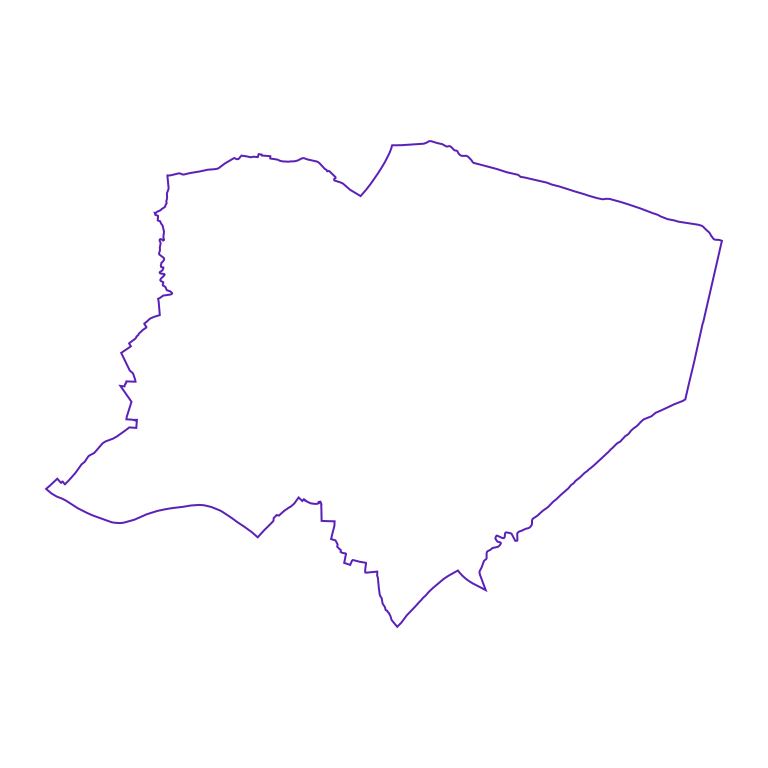 Mueang Nonthaburi, Nonthaburi, Thailand
{"feature_id": "78962969B57513030361621", "entity_name": "Mueang Nonthaburi", "entity_type": "district", "adm_level": 2, "iso_a3": "THA", "parent_name": "Thailand", "parent_adm1": "Nonthaburi", "projection": "orthographic", "projection_center": [100.48, 13.852], "detail": "fine", "context": "isolated", "style": "outline", "palette": "violet", "viewbox_px": 768, "rotation_deg": 0, "n_neighbors": 0, "source": "geoboundaries", "source_scale": "gbopen_adm2", "svg_char_len": 6103}
<svg xmlns="http://www.w3.org/2000/svg" viewBox="0 0 768 768"><path d="M158.1,298.8L158.7,302.0L159.8,315.1L154.5,316.7L150.9,318.2L149.4,319.1L146.8,321.7L144.3,323.5L144.4,324.1L146.4,327.0L146.3,327.5L142.9,329.9L138.8,333.7L138.3,335.0L136.5,336.5L136.2,337.5L135.4,338.6L129.1,343.3L129.1,343.5L130.9,346.3L121.2,352.9L129.6,370.2L130.5,371.3L132.4,372.7L133.2,373.9L135.2,379.8L135.5,381.7L126.4,381.4L126.4,382.1L126.0,382.5L125.8,383.7L125.1,384.1L124.5,386.4L120.4,385.9L131.5,401.8L126.7,416.9L126.4,419.3L132.5,419.7L135.0,420.4L135.0,419.9L136.9,419.9L136.3,427.9L129.3,427.4L125.0,430.7L117.0,436.4L113.1,438.6L105.6,441.4L102.6,443.3L94.3,452.9L89.4,455.5L88.3,456.4L84.7,461.8L81.6,464.3L75.5,472.8L69.8,479.3L65.1,484.2L64.8,484.3L62.6,481.5L62.4,481.5L61.2,482.8L60.9,482.8L57.3,478.7L49.4,486.1L46.1,488.9L46.3,489.1L51.5,493.5L56.8,496.6L62.5,498.8L66.1,500.7L77.9,508.3L87.2,513.0L92.9,515.5L111.8,522.3L115.2,522.8L120.5,523.1L124.0,522.6L134.4,519.7L146.9,514.2L157.5,510.9L165.1,509.3L172.2,508.1L183.1,506.8L190.8,505.5L199.5,504.9L204.3,505.3L211.4,507.0L219.8,510.4L222.2,511.7L231.9,518.1L237.3,522.1L244.7,527.0L252.0,532.3L257.7,537.3L264.4,530.0L268.1,526.4L272.9,521.5L273.5,520.6L273.7,518.1L276.7,515.0L278.9,515.6L283.3,511.6L285.6,509.8L287.3,508.8L288.7,507.6L290.2,507.0L291.8,505.7L294.3,503.5L298.6,497.5L302.3,501.0L303.9,499.2L305.5,500.4L305.3,500.7L310.5,503.3L314.1,503.8L316.2,503.9L317.5,503.7L318.8,503.2L318.5,502.2L318.7,501.9L320.4,501.7L321.5,504.4L321.2,504.8L321.4,509.5L321.6,520.9L329.1,521.2L334.6,521.3L334.4,525.9L332.4,533.5L331.1,539.1L335.2,540.3L335.6,540.6L337.6,544.4L337.2,546.7L339.8,549.3L340.7,549.9L340.8,550.5L340.6,551.9L342.4,552.9L345.4,553.4L346.0,553.8L344.2,562.9L350.2,564.9L352.0,560.7L352.9,560.0L359.4,561.7L365.9,562.8L366.0,563.7L365.2,569.4L365.2,572.1L365.4,572.6L367.2,572.6L377.2,571.6L377.3,573.8L377.1,575.5L377.9,577.9L378.8,587.8L379.7,594.3L380.1,595.7L381.7,598.3L382.6,603.6L384.9,607.1L385.4,609.1L385.8,610.1L387.1,610.7L387.5,611.5L389.2,613.4L389.5,614.4L390.3,615.7L391.6,620.0L397.2,626.8L401.2,622.8L406.8,615.3L414.7,607.1L419.4,601.9L421.3,600.0L423.1,597.8L425.7,595.5L428.7,592.0L432.9,588.0L444.1,578.6L448.9,575.5L457.9,570.5L459.5,572.6L462.4,575.7L465.5,578.5L469.0,581.1L472.9,583.5L485.7,590.1L480.0,574.8L479.5,572.6L479.6,571.3L481.7,567.2L483.9,561.1L484.8,560.1L486.0,559.3L486.6,558.3L486.6,553.6L486.8,552.4L487.1,551.7L488.2,550.9L490.6,549.7L492.3,548.1L497.5,546.9L498.3,546.6L499.7,545.3L500.7,543.8L500.9,543.2L500.5,542.5L497.4,541.6L495.7,539.2L495.4,538.5L495.5,537.6L496.0,536.5L496.6,535.7L497.0,535.6L498.2,536.1L502.3,538.0L503.6,538.2L504.2,537.8L504.6,537.3L505.1,533.4L505.6,532.5L506.3,532.4L510.1,533.1L510.9,533.4L511.8,534.2L515.2,540.7L515.9,540.9L517.1,540.7L517.4,540.1L517.2,533.6L517.5,533.0L518.5,532.0L519.3,531.5L521.4,530.8L525.7,528.8L528.5,528.1L529.7,527.5L531.2,525.8L531.8,524.6L532.0,523.6L532.0,520.3L532.7,518.8L537.4,515.7L542.5,511.0L548.0,507.1L553.0,501.9L556.6,499.0L560.6,495.1L568.2,488.5L571.2,484.9L573.6,483.3L575.5,480.9L579.8,477.6L584.6,472.9L587.3,471.0L588.2,470.0L593.1,466.1L609.1,451.3L610.7,449.4L611.6,448.8L617.0,443.4L620.5,441.4L621.9,439.7L624.2,437.3L625.0,436.3L628.3,434.2L631.0,430.7L633.7,428.3L636.5,426.3L638.1,424.9L640.5,422.2L643.1,419.8L644.1,419.2L651.4,416.3L655.6,412.8L660.1,410.9L673.7,404.5L682.8,400.9L685.3,399.4L688.9,383.7L693.9,363.0L702.7,323.4L703.2,322.3L721.9,240.8L719.1,239.9L715.1,239.7L713.7,239.1L711.2,235.8L709.4,232.6L706.2,229.8L702.7,226.3L701.6,225.7L698.1,224.7L678.5,221.7L674.6,220.5L667.5,219.1L660.8,216.5L657.7,214.8L652.3,213.0L640.3,208.4L627.5,204.1L619.8,201.7L609.4,198.9L606.0,198.8L603.6,199.2L602.1,199.2L597.0,198.1L589.3,195.9L583.9,194.1L574.4,191.3L559.8,186.6L551.6,184.5L546.7,182.6L523.7,177.3L520.6,176.9L518.4,175.0L517.6,174.7L507.0,172.3L496.8,169.0L473.7,162.9L472.7,162.2L471.4,160.1L468.0,156.6L466.2,155.8L462.4,155.9L460.9,155.6L458.8,153.9L457.3,151.1L456.5,150.6L455.0,150.5L454.3,150.2L451.5,147.3L450.2,146.3L449.2,146.1L447.2,146.5L446.4,146.5L442.4,144.2L437.4,143.1L431.3,141.2L429.1,141.2L426.9,142.5L423.9,143.7L401.2,145.2L392.1,145.3L391.2,148.6L389.5,153.0L385.1,161.7L381.4,168.0L377.6,173.9L370.8,183.7L366.4,189.4L360.6,196.1L350.0,189.7L342.9,183.5L340.4,182.4L335.4,180.8L334.3,180.3L334.1,179.8L334.2,179.1L334.5,178.7L335.6,177.9L335.4,177.0L329.4,171.2L328.7,171.0L327.5,171.3L327.1,171.2L326.6,170.0L324.7,168.8L319.6,163.3L318.1,162.1L316.7,161.5L307.0,159.3L304.4,158.3L303.1,158.1L301.8,158.4L297.7,160.5L294.6,161.3L290.8,161.4L288.6,161.7L282.7,161.4L280.0,160.8L277.5,159.6L270.3,158.5L270.2,158.2L270.3,156.2L261.7,155.5L261.6,155.4L261.6,154.6L258.9,154.1L258.7,154.1L257.8,157.1L253.3,156.7L250.7,157.3L247.4,156.5L241.5,155.6L238.5,159.0L236.6,159.2L234.5,158.0L233.3,158.5L224.4,163.8L218.6,168.2L217.4,168.7L214.6,169.2L207.9,169.7L199.5,171.5L190.3,173.0L184.0,174.5L182.7,174.5L179.9,173.4L179.1,173.3L170.7,175.3L168.9,175.5L167.5,175.4L167.5,176.8L168.6,188.0L168.5,189.0L166.9,193.4L167.1,198.2L166.3,201.2L166.6,203.4L165.6,204.8L165.2,206.4L164.8,207.0L161.8,209.0L160.3,210.4L157.0,211.8L156.0,212.8L154.7,212.8L155.4,214.9L157.6,215.6L158.0,215.9L158.0,217.3L157.7,220.3L158.1,220.6L160.2,221.3L160.9,223.3L162.6,225.6L164.0,231.7L163.4,236.5L163.5,237.9L164.0,239.6L163.9,240.1L163.6,240.4L163.0,240.5L161.4,239.3L160.6,239.1L160.0,239.3L159.6,239.9L159.7,240.9L160.5,242.6L160.6,243.4L159.8,247.6L160.0,250.2L159.0,253.6L159.4,254.6L163.5,257.7L164.0,258.3L164.2,259.0L164.0,259.9L162.8,261.6L161.3,263.0L161.3,263.9L160.8,265.6L161.0,266.5L161.4,267.2L163.3,267.4L163.4,267.9L163.2,268.6L162.5,270.2L161.7,270.9L160.1,271.8L159.8,272.3L159.7,272.8L160.0,273.2L160.5,273.5L164.0,274.0L164.5,274.3L164.6,274.6L164.3,275.3L160.9,278.7L160.4,279.6L160.3,280.2L160.8,281.0L163.2,282.2L163.3,282.9L162.8,284.4L162.8,285.2L163.2,285.7L164.5,286.3L165.5,287.2L166.8,290.2L170.2,291.3L171.7,292.6L172.1,293.3L171.6,294.1L170.7,294.5L163.2,295.6L160.0,297.9L158.1,298.8Z" fill="none" stroke="#5b21b6" stroke-width="2"/></svg>